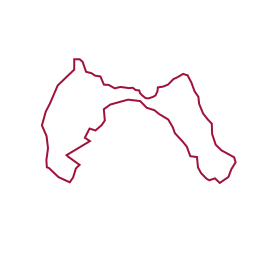 Milia Pafou, Paphos, Cyprus (Natural Earth projection), rotated 250°
{"feature_id": "46923920B8918300424858", "entity_name": "Milia Pafou", "entity_type": "district", "adm_level": 2, "iso_a3": "CYP", "parent_name": "Cyprus", "parent_adm1": "Paphos", "projection": "natural_earth1", "projection_center": [32.535, 34.912], "detail": "fine", "context": "isolated", "style": "outline", "palette": "rose", "viewbox_px": 256, "rotation_deg": 250, "n_neighbors": 0, "source": "geoboundaries", "source_scale": "gbopen_adm2", "svg_char_len": 1237}
<svg xmlns="http://www.w3.org/2000/svg" viewBox="0 0 256 256"><g transform="rotate(250 128 128)"><path d="M96.9,54.7L100.3,59.5L107.8,65.2L109.9,69.9L121.3,62.1L123.5,61.0L126.1,74.4L128.7,87.7L133.6,84.1L140.6,91.7L136.8,96.6L139.7,104.2L143.0,108.8L153.9,111.7L156.1,119.5L154.6,137.8L149.1,148.7L140.6,152.5L135.7,158.9L130.5,162.0L122.2,168.7L113.7,170.3L107.1,170.3L96.6,174.7L90.3,176.9L80.2,176.9L77.1,182.9L67.1,180.3L60.7,181.2L53.7,184.3L51.1,186.5L50.9,192.5L45.0,195.4L47.6,205.6L53.7,210.8L53.9,211.0L55.4,212.9L59.0,217.4L64.2,217.7L75.1,208.1L82.3,204.7L93.6,205.0L103.4,208.2L109.0,205.8L116.0,203.5L126.4,203.1L133.2,204.8L139.8,203.1L148.9,203.1L157.2,202.0L157.9,200.9L160.0,198.3L158.8,191.9L158.4,187.4L155.1,180.5L154.9,175.2L155.9,169.9L152.5,168.3L149.2,165.0L148.7,162.2L148.8,157.5L150.0,154.8L154.1,152.3L156.8,151.2L159.5,151.4L161.0,148.2L164.2,146.2L165.3,142.2L166.8,139.5L169.2,134.8L169.8,129.1L175.1,124.6L177.0,120.2L185.9,119.7L188.4,115.0L191.9,112.5L195.2,107.8L205.7,108.0L209.1,106.1L211.0,101.0L201.2,97.4L197.1,88.0L192.0,76.5L177.3,62.6L171.5,56.3L159.9,48.0L148.3,48.7L136.3,45.9L125.7,40.3L118.8,38.3L117.5,40.0L105.6,45.9L96.9,54.7Z" fill="none" stroke="#9f1239" stroke-width="2"/></g></svg>